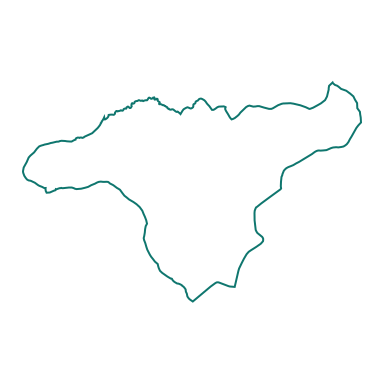 the district of Sanasomboon, Champasak, Laos
{"feature_id": "54806243B13253322740036", "entity_name": "Sanasomboon", "entity_type": "district", "adm_level": 2, "iso_a3": "LAO", "parent_name": "Laos", "parent_adm1": "Champasak", "projection": "mercator", "projection_center": [105.689, 15.318], "detail": "fine", "context": "isolated", "style": "outline", "palette": "teal", "viewbox_px": 384, "rotation_deg": 0, "n_neighbors": 0, "source": "geoboundaries", "source_scale": "gbopen_adm2", "svg_char_len": 5944}
<svg xmlns="http://www.w3.org/2000/svg" viewBox="0 0 384 384"><path d="M361.0,122.5L360.7,117.4L360.2,114.6L359.9,111.8L357.3,108.2L357.1,103.1L355.0,99.7L353.4,96.4L350.4,93.8L346.2,90.7L341.1,88.9L338.9,87.0L337.3,85.8L334.9,84.9L332.9,83.2L332.6,82.5L329.1,85.8L328.7,88.1L328.7,89.5L327.0,96.5L325.1,100.1L321.0,103.3L317.5,105.3L313.1,107.7L310.2,108.8L309.3,108.9L305.7,107.2L300.4,105.3L293.6,103.7L290.4,103.2L283.2,103.5L281.7,103.8L278.1,105.2L273.0,108.2L271.3,108.9L269.1,108.9L264.1,107.6L259.1,106.1L257.6,106.1L255.3,106.5L253.2,106.6L249.4,105.6L247.8,106.1L246.1,107.1L240.4,112.6L238.9,114.6L237.4,116.0L234.7,118.1L233.1,118.9L231.6,119.4L230.4,118.1L229.5,116.8L228.1,114.3L226.1,111.1L225.5,109.9L225.2,109.1L225.2,108.8L225.2,108.4L225.6,107.6L225.6,107.1L223.8,106.4L218.9,106.6L217.4,107.2L215.4,108.7L213.6,109.8L212.5,109.9L212.0,109.9L209.3,106.1L207.4,104.1L206.4,102.8L205.7,101.7L204.4,100.3L202.4,99.1L201.1,98.6L200.1,98.7L199.1,99.1L197.9,100.5L196.1,101.3L195.6,101.9L195.4,103.0L195.1,103.4L194.9,103.6L194.2,103.9L193.6,104.3L193.4,104.7L193.3,105.0L193.4,105.8L193.1,107.1L192.4,107.8L191.5,108.3L190.8,108.5L190.3,108.4L188.2,107.5L187.4,107.3L186.4,107.7L185.4,108.2L183.6,109.3L182.6,110.6L180.5,114.1L179.5,113.0L178.8,112.6L178.0,111.8L177.6,111.6L177.1,111.9L176.6,111.9L176.1,111.7L175.1,111.0L173.4,109.6L172.7,109.3L171.9,109.4L171.5,109.4L170.9,109.7L169.7,109.5L169.4,109.3L169.1,109.2L168.9,109.1L168.8,108.7L168.6,108.6L167.9,108.5L167.7,108.4L167.5,108.2L167.4,107.7L167.2,107.3L167.0,107.1L165.7,106.5L165.3,106.0L164.6,105.9L163.7,105.1L163.0,105.2L162.4,105.0L161.5,104.4L160.7,104.2L159.3,104.2L159.2,104.1L159.1,103.8L159.2,103.5L159.6,103.1L159.7,102.8L159.7,102.5L159.7,102.3L159.4,102.0L158.4,101.4L158.0,101.0L157.4,100.0L157.5,99.8L157.7,99.5L157.7,99.3L157.4,98.9L157.2,98.8L156.5,98.8L156.1,99.2L155.5,99.3L155.1,99.6L154.7,99.6L154.3,99.2L154.3,98.6L154.5,97.9L154.4,97.6L154.2,97.4L153.7,97.6L153.2,97.6L153.0,97.8L152.1,98.6L151.4,98.8L151.1,98.8L150.5,98.2L149.7,97.9L149.4,97.7L149.0,97.7L148.7,97.9L148.5,98.1L147.6,99.6L147.1,100.2L146.9,100.2L146.4,100.3L146.2,100.2L145.4,100.3L144.6,100.5L143.1,101.1L142.9,101.0L142.6,100.6L142.0,100.5L141.2,100.8L140.7,100.8L139.4,100.3L138.8,100.2L138.5,100.3L137.7,100.8L137.3,101.0L136.1,101.1L135.4,101.4L134.9,101.7L134.6,102.0L134.4,103.0L134.0,103.4L133.5,103.6L132.8,103.6L132.2,103.2L131.9,103.5L131.7,103.7L131.7,104.2L131.4,104.9L131.4,105.3L131.7,106.3L130.9,107.7L130.3,108.0L130.1,108.0L129.7,108.0L129.3,107.7L128.7,107.0L128.3,106.7L127.9,106.6L127.5,106.7L126.8,107.3L126.5,107.5L126.4,107.8L126.4,108.3L126.2,108.6L124.9,108.6L124.4,108.7L123.7,109.1L123.5,109.5L123.3,110.0L123.1,110.2L122.9,110.5L122.5,110.7L121.9,110.7L121.2,110.3L120.8,110.3L120.5,110.4L120.0,110.8L119.7,110.9L118.8,111.0L118.5,111.1L118.0,111.3L117.6,111.4L117.0,111.0L116.7,111.0L116.4,111.0L116.0,111.3L115.2,112.4L115.0,112.7L115.0,113.4L114.9,113.7L114.6,114.2L114.1,114.6L113.8,114.8L113.5,114.8L112.0,114.6L110.3,114.7L108.8,114.9L108.6,115.0L108.5,116.0L108.1,116.9L107.2,118.0L106.3,118.7L105.4,119.3L104.9,119.4L104.6,119.4L104.5,119.0L104.2,117.3L103.6,118.6L102.2,121.0L101.7,121.4L101.7,121.8L101.6,122.1L101.3,122.6L100.9,123.0L101.0,123.2L100.5,124.0L100.1,124.9L99.6,125.5L99.3,126.0L97.7,128.0L92.2,133.2L84.3,136.8L84.0,137.2L83.6,137.5L82.2,137.9L81.7,137.6L80.9,137.5L80.0,137.6L79.5,137.9L79.0,137.7L78.5,137.6L77.6,137.6L76.2,138.2L75.7,138.8L75.6,139.6L73.8,140.3L71.7,141.5L69.7,141.5L66.9,141.3L65.1,141.0L61.6,140.8L59.7,141.1L58.7,141.6L56.6,141.7L52.5,142.7L50.8,143.0L48.3,143.8L44.4,144.6L43.4,145.0L42.2,145.3L40.6,145.8L39.2,146.4L36.9,148.7L34.1,152.4L30.4,155.6L28.7,157.5L26.7,162.1L23.7,167.5L23.1,170.6L23.0,171.8L23.3,173.1L24.3,175.8L25.6,177.8L27.0,179.5L28.6,180.4L30.4,180.7L31.7,181.2L32.2,181.5L34.8,182.7L37.5,184.7L38.2,185.2L39.5,185.9L41.9,186.8L44.4,188.1L45.6,188.0L45.5,189.0L45.6,189.7L45.7,190.8L46.6,192.7L48.4,192.6L49.8,192.5L53.9,190.7L55.5,190.2L55.8,189.2L56.0,189.3L57.2,189.0L59.5,188.2L60.8,188.1L61.2,187.9L61.9,188.1L62.8,188.2L69.2,187.5L70.2,187.5L71.6,187.5L72.7,187.8L74.1,188.3L74.8,188.7L76.5,189.1L81.2,188.7L84.9,187.8L88.1,186.9L89.4,186.2L91.2,185.2L94.9,183.7L97.1,182.5L98.7,181.9L100.8,181.6L102.4,181.8L103.6,181.9L106.5,181.8L108.0,181.9L108.7,182.3L109.3,182.9L110.0,183.5L112.8,184.9L113.6,185.4L116.9,187.9L118.8,189.0L120.0,189.8L122.4,193.1L124.4,195.7L126.6,197.4L129.1,199.5L133.4,202.0L136.4,204.1L139.7,207.1L142.3,210.7L143.7,214.2L144.9,216.8L146.2,220.2L147.0,223.7L145.7,226.2L145.1,229.3L144.8,232.6L144.2,236.1L143.7,238.1L144.1,240.1L145.3,243.2L146.4,247.0L147.3,249.7L149.8,254.6L151.1,256.7L153.1,259.2L154.9,261.6L157.7,264.0L158.2,266.2L158.8,268.2L160.0,270.8L162.2,272.9L167.3,276.5L170.8,278.6L171.6,278.6L172.0,278.9L172.4,279.8L173.1,280.7L174.4,281.9L177.1,283.5L178.3,283.6L179.5,284.0L181.3,284.9L181.8,285.2L182.1,285.7L183.5,286.7L184.4,287.7L185.6,289.4L185.9,291.7L186.8,293.6L187.4,296.5L188.8,298.5L190.3,299.8L192.8,301.5L210.7,286.5L215.5,283.0L216.5,282.5L217.1,282.3L218.1,282.3L219.2,282.6L228.4,286.1L229.8,286.5L234.7,286.9L238.4,270.9L239.1,268.5L241.6,263.3L244.0,258.6L246.6,254.2L248.7,251.8L251.2,250.1L255.8,247.2L260.7,243.8L262.0,242.4L263.0,241.2L263.2,239.9L263.1,238.4L262.2,236.9L257.4,233.0L256.5,231.6L255.7,229.9L254.6,220.4L254.5,213.1L254.7,210.8L255.3,209.1L256.0,207.5L256.8,207.0L261.4,203.3L269.8,197.1L280.5,189.3L281.1,188.4L280.8,186.3L281.0,181.7L281.5,176.9L282.2,175.4L282.5,174.0L283.2,172.3L283.8,170.8L284.8,169.6L286.3,168.2L288.3,167.1L290.9,166.1L293.3,165.1L296.3,163.3L298.7,162.1L311.9,154.1L314.7,152.0L316.5,151.0L318.2,150.5L320.8,150.6L323.6,150.4L326.5,150.1L331.3,148.0L333.1,147.5L336.1,147.2L338.3,147.4L341.2,147.0L343.5,146.5L345.3,145.4L346.8,144.2L348.4,142.1L350.0,139.0L351.5,136.6L356.4,127.9L358.3,125.4L361.0,122.5Z" fill="none" stroke="#0f766e" stroke-width="2"/></svg>